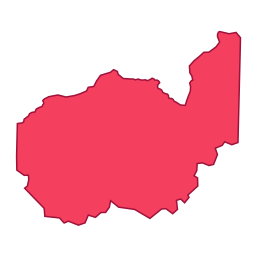 Chaffee, Colorado, United States of America (Albers equal-area conic projection), rotated 91°
{"feature_id": "52423323B55010053524347", "entity_name": "Chaffee", "entity_type": "district", "adm_level": 2, "iso_a3": "USA", "parent_name": "United States of America", "parent_adm1": "Colorado", "projection": "albers", "projection_center": [-106.275, 38.74], "detail": "fine", "context": "isolated", "style": "filled", "palette": "rose", "viewbox_px": 256, "rotation_deg": 91, "n_neighbors": 0, "source": "geoboundaries", "source_scale": "gbopen_adm2", "svg_char_len": 1760}
<svg xmlns="http://www.w3.org/2000/svg" viewBox="0 0 256 256"><g transform="rotate(91 128 128)"><path d="M35.8,17.1L30.6,21.6L32.0,28.5L30.0,37.9L30.5,39.1L32.6,40.1L35.1,40.1L40.5,37.9L45.4,41.4L50.8,48.5L51.0,53.5L55.2,57.9L59.5,63.0L64.9,67.7L71.8,67.1L74.8,65.1L79.1,64.1L79.6,65.5L81.9,67.1L85.8,66.1L90.3,66.4L94.5,68.0L99.1,69.6L104.4,71.2L104.0,76.1L101.1,80.7L100.7,82.1L98.7,83.4L97.7,84.9L97.7,86.8L97.2,87.8L95.1,88.1L94.1,88.5L93.3,89.5L93.3,90.6L92.6,92.1L91.8,93.8L90.5,94.4L89.4,95.1L88.5,96.5L88.3,97.6L87.6,98.7L86.5,99.1L84.6,99.1L82.7,97.6L82.2,97.1L81.1,97.6L80.3,98.4L79.6,99.8L79.7,101.9L78.4,103.0L77.8,104.8L78.7,106.0L79.2,107.0L79.8,108.0L80.3,109.9L79.5,111.2L79.8,113.9L79.8,115.4L79.5,117.0L78.9,118.2L79.2,119.8L79.7,121.9L79.0,123.1L78.9,126.3L78.6,133.6L74.5,138.8L71.7,139.6L69.9,143.4L72.6,146.5L75.8,156.4L81.6,160.3L87.1,162.9L88.0,168.5L91.7,170.1L94.7,176.7L96.5,182.1L98.1,190.5L96.2,198.7L98.1,207.8L100.5,212.2L101.3,213.1L102.2,213.7L103.3,213.0L105.2,212.7L106.3,213.6L108.0,214.3L109.0,217.1L110.7,220.1L113.6,221.3L114.0,224.2L115.4,226.7L117.6,227.6L121.0,232.0L123.8,232.4L125.0,234.6L125.1,236.6L125.5,238.7L158.7,238.9L172.1,238.4L177.1,231.0L177.0,226.8L181.3,226.3L187.8,227.6L190.0,230.3L209.8,210.4L217.8,209.6L219.1,194.9L224.1,190.2L222.2,186.0L226.0,175.9L223.6,169.3L215.8,166.2L217.9,159.0L213.0,153.6L212.8,148.9L207.6,145.3L201.0,144.1L207.3,136.0L209.3,119.9L218.0,104.5L208.4,93.0L208.0,88.7L212.9,81.8L208.5,77.1L199.5,78.3L198.1,74.0L201.8,70.1L196.3,65.8L194.0,67.0L184.8,57.2L176.7,57.6L174.6,61.1L169.3,58.5L162.3,58.2L161.6,52.9L164.1,46.4L162.9,41.8L153.0,38.1L146.7,40.4L143.7,33.5L140.1,31.1L142.9,23.9L140.6,17.8L35.8,17.1Z" fill="#f43f5e" stroke="#9f1239" stroke-width="1.5"/></g></svg>